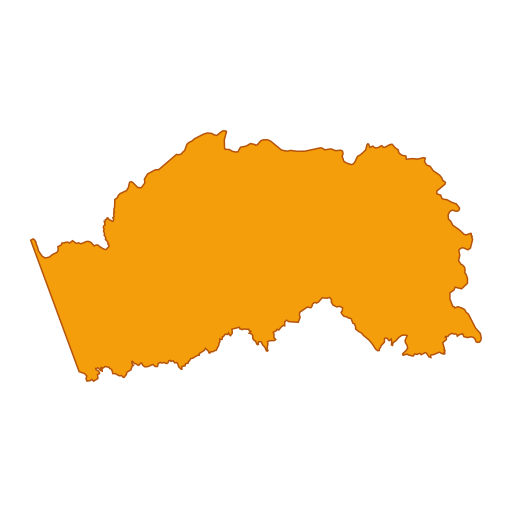 Yavaraté (Cor. Departamental), Vaupés, Colombia (Mercator projection)
{"feature_id": "7082276B57930571389360", "entity_name": "Yavaraté (Cor. Departamental)", "entity_type": "district", "adm_level": 2, "iso_a3": "COL", "parent_name": "Colombia", "parent_adm1": "Vaupés", "projection": "mercator", "projection_center": [-69.777, 0.831], "detail": "fine", "context": "isolated", "style": "filled", "palette": "amber", "viewbox_px": 512, "rotation_deg": 0, "n_neighbors": 0, "source": "geoboundaries", "source_scale": "gbopen_adm2", "svg_char_len": 6084}
<svg xmlns="http://www.w3.org/2000/svg" viewBox="0 0 512 512"><path d="M79.1,371.6L84.6,373.6L86.8,376.0L86.0,378.7L87.0,381.1L90.0,380.7L91.9,379.4L93.6,381.2L97.9,378.5L97.5,374.5L99.4,373.7L99.6,373.1L98.5,371.0L95.9,369.6L95.7,368.4L98.2,367.9L100.7,370.5L102.2,371.1L102.1,369.4L100.9,369.2L101.0,367.5L102.9,368.1L105.2,366.5L109.0,367.3L109.7,368.5L111.6,369.4L112.9,373.7L115.2,373.6L119.2,375.8L121.6,375.6L123.2,377.3L124.0,377.4L126.5,374.4L126.6,372.5L130.9,369.8L132.3,365.8L133.3,365.5L131.9,363.3L131.8,361.9L132.3,361.2L134.5,363.7L135.6,363.6L138.3,365.3L139.6,364.7L140.5,363.2L141.7,363.1L142.9,365.5L145.1,366.9L148.2,366.5L152.8,364.4L155.2,366.5L157.0,366.6L157.6,366.2L158.1,363.7L160.3,362.3L161.5,363.1L164.0,362.5L166.6,363.6L167.9,362.8L168.8,360.8L170.5,360.4L170.9,361.4L172.9,360.7L174.8,362.9L176.2,362.5L177.5,363.3L178.8,367.0L181.0,369.1L181.9,369.2L181.9,366.5L185.2,365.8L185.4,363.8L188.2,363.1L188.4,361.3L189.3,361.0L190.7,358.6L193.0,358.1L197.1,355.5L199.3,355.2L199.3,353.5L204.4,350.3L205.4,348.3L208.5,351.2L208.7,352.6L209.8,353.1L210.9,351.7L213.1,351.7L214.7,350.6L216.2,350.3L218.9,344.9L218.9,343.5L219.8,342.1L219.8,339.0L221.1,339.6L222.1,339.3L222.5,336.7L223.4,336.6L225.1,334.2L227.3,334.5L228.6,332.9L229.2,334.6L230.5,335.7L232.3,333.1L232.0,329.1L239.3,327.3L240.2,329.2L241.1,329.0L242.3,329.7L244.2,328.8L245.9,329.3L248.7,329.2L249.3,330.8L250.8,331.3L249.1,333.2L251.4,333.8L252.7,335.4L252.8,338.6L254.1,340.4L255.4,341.0L256.9,344.2L257.6,344.7L258.4,344.4L258.2,342.5L258.9,341.6L261.2,341.9L262.7,344.9L264.8,347.1L266.4,350.9L267.3,351.1L268.0,350.6L267.1,348.6L267.9,343.7L267.5,341.8L269.2,340.8L274.4,340.5L275.7,339.5L273.9,337.5L274.0,334.4L273.3,332.3L276.1,330.8L277.0,329.3L278.8,330.0L281.4,326.8L283.6,325.3L284.7,325.8L284.7,321.9L286.5,320.2L288.7,321.6L298.2,322.3L300.1,317.4L299.4,314.7L299.7,312.3L307.3,307.1L310.9,307.7L312.0,306.3L312.4,304.2L314.0,302.8L315.7,302.4L316.4,303.1L318.4,302.1L322.2,297.8L327.0,298.2L329.6,297.4L331.6,300.0L331.2,301.8L333.0,305.0L336.7,306.9L339.6,306.3L342.6,307.8L342.2,310.8L341.1,312.3L341.9,314.0L343.8,316.2L347.2,317.1L348.5,318.1L350.3,318.2L351.2,319.0L353.0,323.4L354.5,323.9L355.6,327.0L355.6,329.0L358.8,331.6L361.6,333.1L363.5,335.5L368.8,339.8L371.6,343.0L375.8,349.3L377.8,350.7L379.3,350.5L379.4,348.6L380.5,347.5L381.1,345.6L384.4,342.2L384.5,338.8L385.1,338.1L386.9,338.2L389.2,340.7L391.1,339.1L391.7,342.0L391.4,344.9L392.5,345.4L393.1,342.7L396.0,340.7L398.6,337.6L401.7,335.4L404.9,335.0L407.2,335.6L405.1,340.4L405.3,342.4L407.0,345.1L407.7,348.1L406.1,350.6L402.9,353.5L402.7,354.8L403.3,355.2L407.0,354.1L408.8,355.1L413.2,356.1L414.7,354.0L417.5,354.4L418.2,353.7L420.0,353.4L421.1,354.7L425.3,352.6L426.3,353.0L429.0,356.9L430.9,357.5L430.6,355.5L431.2,354.8L433.5,354.7L438.7,352.4L439.6,352.3L442.3,353.8L444.5,354.0L444.9,353.2L443.9,352.3L444.6,351.8L445.0,350.4L444.0,349.6L444.4,348.7L442.7,342.7L446.4,339.6L446.4,337.7L445.3,337.3L445.4,336.6L448.0,336.4L448.7,335.2L451.8,333.3L453.4,334.0L455.8,334.0L456.9,334.8L457.3,336.2L459.0,334.9L462.5,333.7L463.9,336.6L467.5,337.6L470.8,336.8L473.0,337.2L474.8,338.7L476.1,341.8L477.4,342.4L479.3,342.2L480.6,340.8L481.3,338.3L480.3,333.4L475.7,328.3L468.3,314.0L466.1,312.3L464.8,309.7L462.5,308.3L458.0,306.7L454.8,307.9L454.1,306.7L452.8,306.4L449.9,299.0L449.9,292.9L454.0,289.9L455.1,287.2L461.6,288.8L467.4,283.4L467.5,278.5L466.2,274.6L464.7,272.6L465.1,270.4L464.5,267.1L462.2,264.8L460.9,264.2L458.6,260.7L459.8,255.1L458.8,250.7L459.7,249.0L462.1,247.8L463.5,247.9L468.0,249.8L470.4,248.1L472.6,239.5L471.7,236.9L472.2,236.3L471.2,235.2L471.3,233.6L470.7,233.3L466.5,234.8L464.3,234.5L458.9,229.5L452.7,225.2L450.8,221.3L448.5,219.2L448.1,214.8L449.8,211.5L452.2,210.1L455.9,211.2L457.8,211.1L459.3,209.7L459.5,208.0L456.3,203.9L451.9,202.4L446.8,199.6L443.7,199.3L441.8,198.2L440.7,195.1L436.8,193.8L436.9,191.0L444.9,184.3L445.4,182.3L442.7,180.4L441.7,177.7L439.7,175.2L433.2,170.7L430.0,166.2L427.3,165.4L426.0,164.1L424.5,161.3L425.3,158.1L423.4,157.7L417.4,159.1L412.5,158.6L406.3,159.2L405.9,156.0L401.8,155.2L399.5,153.4L398.7,152.4L398.3,149.9L395.4,148.0L392.0,144.2L389.9,144.6L384.8,147.3L383.3,147.3L382.3,146.0L381.3,145.7L378.8,147.3L376.3,148.0L374.4,147.5L372.8,146.1L370.0,147.5L368.6,144.1L367.8,143.8L367.0,144.8L365.6,150.1L360.4,154.8L357.5,156.4L354.6,162.5L352.8,164.2L351.4,164.6L346.7,163.1L343.9,161.4L342.1,156.2L343.0,154.2L342.8,152.0L342.2,150.9L340.8,150.2L335.7,150.7L331.0,148.9L324.8,149.8L322.3,148.2L320.5,147.8L304.9,151.2L297.1,151.3L290.4,150.4L287.2,151.2L281.5,150.1L270.9,141.3L268.0,139.9L265.2,139.7L262.2,140.1L260.7,140.9L257.3,144.8L255.7,145.3L255.0,144.6L250.6,143.5L246.2,146.1L240.5,147.2L237.9,151.8L235.7,152.0L232.4,151.3L229.3,149.5L225.1,149.3L224.5,147.6L224.3,139.8L226.5,131.7L226.0,131.0L223.2,130.8L221.5,131.6L216.8,135.4L215.0,135.2L211.5,133.4L207.2,133.0L203.2,134.3L194.6,138.7L191.9,141.1L189.0,142.4L186.9,144.3L184.7,150.5L182.4,152.5L181.4,154.1L178.2,154.8L176.5,154.4L158.8,169.6L155.4,169.8L147.7,173.8L144.4,179.1L144.9,182.8L141.4,187.7L137.7,187.5L132.8,182.5L131.5,181.8L130.1,181.9L129.3,183.1L128.4,187.5L126.5,190.6L120.0,193.6L118.2,195.6L117.4,197.7L114.8,199.5L114.6,207.2L113.8,209.3L114.3,210.6L113.7,211.9L114.5,212.5L113.6,214.1L114.2,216.7L112.8,217.7L113.7,219.1L113.3,220.9L112.5,221.4L108.5,219.1L107.8,217.8L106.9,218.2L106.6,219.3L105.5,219.6L105.0,221.6L104.3,221.4L105.0,224.8L103.7,226.0L103.3,227.4L104.1,229.1L103.5,231.0L104.5,233.4L104.2,235.4L104.9,235.9L105.9,238.5L105.4,239.3L107.9,242.2L107.9,244.1L109.0,245.0L108.8,246.6L106.5,249.1L105.5,249.6L103.4,248.9L99.5,246.5L98.4,245.3L96.4,244.9L94.1,245.9L91.1,242.5L88.6,241.4L86.7,241.4L81.0,243.8L78.5,242.8L76.2,243.4L72.5,240.7L69.5,243.1L67.9,242.1L65.1,242.4L64.2,243.0L62.1,242.9L60.7,245.4L57.9,246.6L58.2,250.5L56.8,252.5L52.7,254.4L49.3,257.1L45.2,258.0L42.2,256.3L38.5,250.9L37.3,246.4L36.1,244.0L36.1,242.5L34.5,239.8L33.2,238.9L30.7,240.2L79.1,371.6Z" fill="#f59e0b" stroke="#b45309" stroke-width="1.5"/></svg>